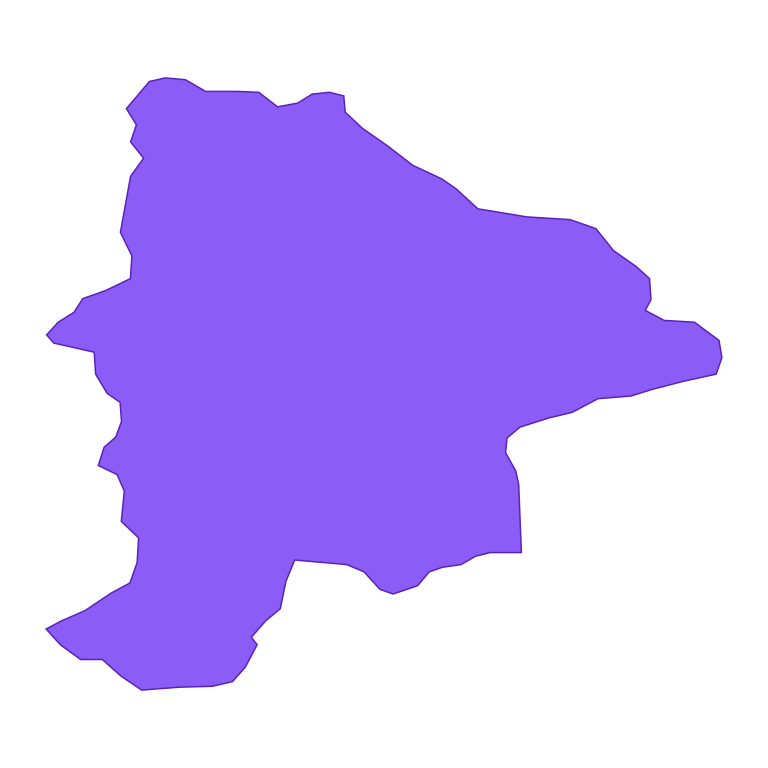 Linköping, Östergötland, Sweden (Equal Earth projection)
{"feature_id": "70781695B57213599568931", "entity_name": "Linköping", "entity_type": "district", "adm_level": 2, "iso_a3": "SWE", "parent_name": "Sweden", "parent_adm1": "Östergötland", "projection": "equal_earth", "projection_center": [15.609, 58.386], "detail": "fine", "context": "isolated", "style": "filled", "palette": "violet", "viewbox_px": 768, "rotation_deg": 0, "n_neighbors": 0, "source": "geoboundaries", "source_scale": "gbopen_adm2", "svg_char_len": 1391}
<svg xmlns="http://www.w3.org/2000/svg" viewBox="0 0 768 768"><path d="M141.7,690.1L178.9,687.2L212.2,686.3L232.5,681.6L245.5,666.9L257.1,644.7L251.3,637.3L265.8,620.7L280.3,608.7L286.0,581.1L294.7,560.0L325.1,562.7L346.8,564.6L364.1,571.9L380.0,589.4L393.1,594.0L417.6,585.7L429.2,571.9L442.2,567.3L461.0,564.6L475.4,556.3L489.9,552.6L521.4,552.6L518.7,484.7L515.8,471.0L505.6,452.7L507.0,438.0L520.0,427.1L548.9,417.9L572.0,412.4L597.9,398.7L631.1,396.0L651.3,389.6L683.0,381.4L716.2,374.1L718.6,367.2L721.9,357.7L719.0,340.4L694.4,322.2L687.9,321.8L664.1,320.4L645.3,310.4L651.0,299.5L649.5,278.6L636.5,266.8L613.4,250.5L596.0,228.7L570.1,219.6L526.8,216.9L477.8,208.8L456.2,188.9L441.8,178.9L412.9,165.4L387.0,145.5L362.5,128.4L345.2,112.2L343.8,96.3L343.8,95.9L329.4,92.3L312.1,94.1L297.7,103.1L277.5,106.8L258.8,92.3L237.2,91.4L224.0,91.4L205.6,91.4L185.4,79.7L165.3,77.9L149.4,81.5L126.4,108.6L136.4,124.8L130.6,141.9L143.6,158.2L130.6,176.2L120.4,232.3L131.9,255.9L130.4,278.6L105.9,290.4L82.8,298.6L77.5,306.8L74.1,312.2L58.2,322.2L46.6,334.9L53.8,343.1L94.2,352.2L95.6,374.1L107.1,393.3L120.1,402.4L121.5,421.6L115.7,437.1L104.1,447.2L98.3,465.5L117.1,474.6L124.3,491.1L121.3,521.4L138.6,537.9L137.1,562.7L129.9,583.0L111.1,593.1L85.0,610.6L61.8,620.7L46.1,629.0L60.3,644.7L80.5,659.5L102.3,659.5L121.0,676.1L141.7,690.1Z" fill="#8b5cf6" stroke="#5b21b6" stroke-width="1.5"/></svg>